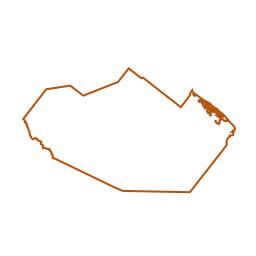 Angoram District, East Sepik, Papua New Guinea (orthographic projection), rotated 38°
{"feature_id": "67681753B97300353445922", "entity_name": "Angoram District", "entity_type": "district", "adm_level": 2, "iso_a3": "PNG", "parent_name": "Papua New Guinea", "parent_adm1": "East Sepik", "projection": "orthographic", "projection_center": [143.956, -4.467], "detail": "fine", "context": "isolated", "style": "outline", "palette": "amber", "viewbox_px": 256, "rotation_deg": 38, "n_neighbors": 0, "source": "geoboundaries", "source_scale": "gbopen_adm2", "svg_char_len": 5508}
<svg xmlns="http://www.w3.org/2000/svg" viewBox="0 0 256 256"><g transform="rotate(38 128 128)"><path d="M39.9,185.5L40.4,185.5L42.3,185.7L43.4,187.1L43.6,187.0L44.1,186.5L44.9,187.0L45.2,186.9L45.7,187.3L46.2,187.4L46.3,187.9L46.9,188.4L47.1,188.8L48.1,188.9L48.4,189.2L48.8,189.2L49.8,189.9L50.3,190.5L50.8,190.7L51.4,191.1L52.5,191.4L53.4,192.5L54.7,193.5L55.0,194.0L55.3,194.2L56.8,194.4L57.2,194.7L57.5,195.1L58.1,195.3L59.9,195.5L60.6,194.4L60.8,194.0L60.7,193.6L61.2,192.8L61.5,193.0L61.8,193.1L62.3,192.9L62.5,192.7L63.5,193.1L64.0,192.6L65.1,193.1L65.7,193.1L65.9,192.9L66.5,192.9L67.3,192.6L67.4,192.3L67.8,192.1L68.5,192.6L69.0,193.4L69.0,194.1L69.5,194.4L70.5,194.1L71.0,194.0L71.5,194.0L71.9,194.4L72.2,195.1L72.8,195.2L73.4,196.0L73.7,195.4L73.8,195.5L74.0,195.2L74.4,195.5L74.8,195.4L75.6,194.7L76.1,194.5L76.6,194.1L76.9,194.3L78.0,193.9L78.1,193.7L78.4,193.7L78.7,193.2L79.3,193.1L79.9,193.3L80.0,193.7L81.0,194.0L81.7,194.0L82.6,194.3L82.9,194.5L83.1,195.0L83.4,195.2L83.9,195.3L84.7,195.8L85.1,195.7L85.7,196.3L86.0,196.9L86.8,197.2L87.1,197.7L87.6,197.9L88.0,197.8L88.2,197.4L155.3,182.8L162.6,180.8L216.3,140.5L216.3,80.6L213.7,77.6L213.1,75.8L213.0,73.9L213.1,73.1L213.5,72.4L213.5,71.8L213.0,71.3L213.6,71.2L213.8,70.4L215.1,69.0L215.1,68.8L215.1,68.5L213.9,67.1L213.7,66.6L213.6,66.2L213.7,65.8L213.0,65.9L212.3,66.7L213.0,62.9L212.3,62.2L210.8,61.5L209.7,61.2L205.6,60.8L204.5,60.5L200.1,59.6L199.4,59.8L199.1,59.5L196.6,58.9L194.6,58.7L193.5,58.8L190.7,58.8L190.8,59.1L190.5,58.9L190.3,59.0L190.1,58.7L188.0,58.5L186.7,58.1L186.4,58.2L186.0,58.6L186.1,59.1L187.7,60.2L188.4,60.5L188.9,60.4L188.8,59.5L189.0,59.4L189.5,59.2L189.3,58.8L190.0,58.9L190.2,59.2L189.8,59.5L189.4,59.9L189.7,61.4L191.0,62.1L191.3,61.7L191.2,62.6L191.6,62.9L191.9,63.0L192.0,62.0L192.8,61.4L193.5,61.4L193.5,61.0L193.8,60.4L193.8,60.0L194.1,60.9L194.5,60.8L194.5,60.5L195.2,59.9L195.7,59.9L195.9,60.0L195.9,60.7L195.2,60.7L194.4,61.3L194.4,61.5L194.6,61.8L194.6,62.2L195.3,63.0L197.6,62.8L198.9,63.0L199.7,62.9L200.6,62.1L201.2,61.1L201.6,60.3L201.8,60.2L201.9,60.4L202.2,60.9L201.9,61.3L201.6,61.3L201.4,61.7L201.1,61.6L200.5,62.4L199.8,63.0L199.1,63.2L197.0,63.0L196.4,63.2L195.4,63.8L195.5,64.9L197.2,68.1L197.2,68.7L197.0,69.0L196.5,69.1L194.4,69.4L193.8,69.2L193.0,69.1L192.5,68.4L192.2,67.7L193.1,69.0L194.5,69.2L196.0,69.0L196.9,68.7L196.8,68.2L195.3,65.2L195.0,64.0L195.1,63.8L195.5,63.4L195.0,63.0L194.6,63.1L194.0,62.9L193.6,63.2L193.4,63.1L193.7,62.7L193.3,62.7L192.5,63.2L192.1,63.7L191.9,63.7L191.4,63.3L190.8,63.3L190.2,63.5L190.5,63.0L190.2,62.3L189.4,62.0L188.6,61.0L187.5,60.8L186.7,60.5L186.1,60.4L185.9,60.6L185.9,60.9L186.0,61.0L186.6,61.0L187.0,61.3L187.2,61.8L186.7,61.7L186.5,61.9L186.7,62.2L186.5,62.4L185.9,62.4L185.6,62.8L185.7,63.2L185.3,62.6L185.0,62.5L184.8,62.6L184.7,62.4L184.9,62.3L184.6,62.0L184.2,62.2L183.5,61.8L183.1,62.3L183.9,63.2L183.8,63.4L183.4,63.8L183.8,64.2L183.6,64.6L183.4,64.4L182.9,64.6L182.7,64.9L182.7,65.2L183.1,65.3L184.7,66.1L185.1,66.6L185.6,67.0L185.4,67.3L184.9,67.4L184.3,66.5L183.7,66.3L183.2,66.4L182.4,66.9L181.9,67.0L180.9,66.3L180.2,66.2L179.6,65.7L179.7,65.1L179.1,64.0L179.2,63.5L179.5,62.9L179.5,62.4L178.9,62.0L178.7,62.0L178.2,62.5L178.0,62.9L177.6,63.0L177.6,63.5L177.4,63.5L177.1,63.7L176.8,63.6L176.6,64.3L176.6,64.9L176.8,65.1L176.6,65.3L176.4,65.3L175.7,64.7L175.6,64.3L175.0,64.3L175.0,64.0L174.9,63.9L174.7,63.8L174.2,64.0L174.2,63.7L173.4,63.8L172.5,63.7L172.1,63.0L171.6,62.6L171.1,62.7L171.0,63.0L170.9,63.0L170.5,61.5L170.3,61.0L170.1,60.8L169.6,61.9L168.8,62.3L168.6,62.7L168.6,63.1L168.3,63.4L167.4,63.6L166.9,63.3L166.9,62.2L167.2,61.9L168.2,61.4L169.1,61.5L169.4,61.4L169.5,61.0L170.0,60.5L170.8,60.8L171.1,60.5L171.6,60.5L172.1,60.9L172.6,60.8L173.3,60.4L173.5,60.2L173.4,60.0L173.6,60.0L174.0,59.4L174.7,59.1L176.1,58.8L175.8,58.6L174.8,58.6L173.5,59.0L172.3,59.0L170.7,59.4L169.2,59.4L166.4,59.7L163.3,59.7L160.5,59.8L159.8,60.4L159.6,60.8L160.0,60.7L160.3,60.9L160.6,60.2L161.1,60.1L161.3,60.2L160.8,60.7L161.0,61.2L160.6,61.3L160.6,61.6L160.1,61.8L159.7,61.6L160.1,61.4L160.0,61.2L159.9,61.1L159.5,61.3L158.9,60.6L158.2,60.2L158.4,60.0L158.7,60.2L159.4,60.3L159.5,60.2L158.7,60.0L158.3,59.8L155.8,59.4L155.4,58.9L155.4,61.2L156.7,64.4L156.8,79.1L108.8,79.1L107.8,80.6L91.9,80.6L91.8,97.8L72.9,130.0L56.4,130.2L39.7,147.8L39.9,185.5ZM182.6,58.8L179.4,58.6L178.2,58.2L177.1,58.2L176.8,58.4L176.8,58.8L177.4,59.2L178.0,60.3L177.8,61.1L177.3,61.8L177.5,61.9L178.7,61.4L179.7,61.4L180.2,61.0L180.8,61.9L180.9,61.4L181.0,61.1L181.9,60.7L182.1,60.5L181.9,59.7L181.6,59.4L181.2,59.5L181.1,59.2L182.1,58.9L183.1,58.9L184.1,59.1L185.3,58.9L185.4,59.3L185.5,59.4L185.5,58.8L185.3,58.5L184.9,58.4L182.6,58.8ZM185.5,60.2L184.6,59.8L183.4,59.5L182.6,59.8L182.8,60.2L183.2,60.3L182.7,61.3L182.9,60.6L182.5,60.6L182.0,61.1L181.5,61.1L181.4,61.3L182.0,61.9L182.1,62.3L182.7,62.4L182.9,62.0L183.3,61.7L183.2,60.9L183.3,60.7L183.8,60.6L184.1,60.8L184.5,60.4L185.5,60.7L185.5,60.2ZM175.8,59.4L175.2,59.4L174.5,59.7L174.5,60.5L174.3,60.8L174.3,61.2L174.6,61.9L175.4,61.8L175.7,62.0L176.3,61.1L175.8,60.1L175.8,59.4ZM180.8,62.1L180.1,61.7L180.6,63.4L182.3,64.4L182.2,64.1L181.8,63.4L182.6,63.2L182.9,62.9L182.7,62.7L181.8,62.5L181.4,62.1L180.8,62.1ZM176.5,61.8L177.4,60.5L177.5,60.3L176.6,59.5L176.2,59.8L176.2,60.4L176.7,61.1L176.3,61.7L176.3,61.9L176.5,61.8ZM194.2,61.8L194.1,61.2L193.8,60.7L193.8,61.1L194.0,61.7L194.2,61.8ZM194.7,62.8L194.2,62.1L194.0,62.3L194.4,62.7L194.7,62.8Z" fill="none" stroke="#b45309" stroke-width="2"/></g></svg>